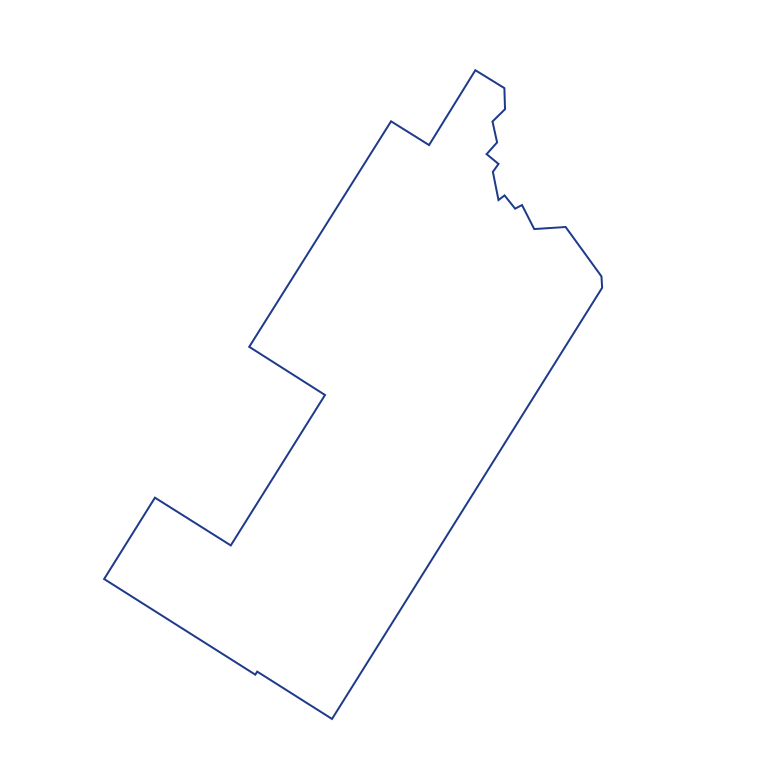 outline of Sibley, Minnesota, United States of America, rotated 302°
{"feature_id": "52423323B33552570255615", "entity_name": "Sibley", "entity_type": "district", "adm_level": 2, "iso_a3": "USA", "parent_name": "United States of America", "parent_adm1": "Minnesota", "projection": "albers", "projection_center": [-94.075, 44.587], "detail": "fine", "context": "isolated", "style": "outline", "palette": "blue", "viewbox_px": 768, "rotation_deg": 302, "n_neighbors": 0, "source": "geoboundaries", "source_scale": "gbopen_adm2", "svg_char_len": 498}
<svg xmlns="http://www.w3.org/2000/svg" viewBox="0 0 768 768"><g transform="rotate(302 384 384)"><path d="M166.2,250.0L70.3,250.0L69.3,428.9L72.9,428.9L72.4,517.4L581.2,518.0L590.5,511.4L613.4,454.8L595.0,429.3L608.9,406.2L602.2,402.3L607.8,386.3L600.7,383.6L621.6,363.9L631.3,364.5L633.3,349.2L648.8,351.9L664.1,336.9L681.2,341.0L698.7,329.3L698.5,295.2L610.5,295.6L610.5,250.8L521.7,250.5L344.1,250.0L343.4,339.8L165.9,339.6L166.2,250.0Z" fill="none" stroke="#1e3a8a" stroke-width="2"/></g></svg>